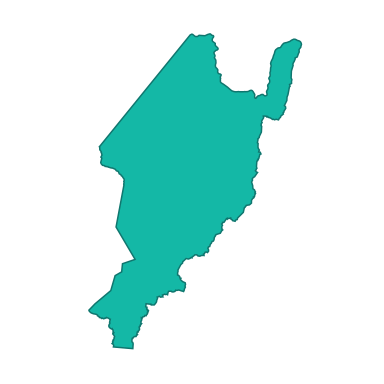 outline of Ialibu/Pangia District, Southern Highlands, Papua New Guinea, rotated 275°
{"feature_id": "67681753B63732128792542", "entity_name": "Ialibu/Pangia District", "entity_type": "district", "adm_level": 2, "iso_a3": "PNG", "parent_name": "Papua New Guinea", "parent_adm1": "Southern Highlands", "projection": "albers", "projection_center": [144.242, -6.409], "detail": "fine", "context": "isolated", "style": "filled", "palette": "teal", "viewbox_px": 384, "rotation_deg": 275, "n_neighbors": 0, "source": "geoboundaries", "source_scale": "gbopen_adm2", "svg_char_len": 6014}
<svg xmlns="http://www.w3.org/2000/svg" viewBox="0 0 384 384"><g transform="rotate(275 192 192)"><path d="M348.3,176.5L229.0,95.8L228.8,96.1L226.0,96.5L224.3,98.0L223.4,98.0L223.1,98.4L220.9,99.1L218.8,98.2L217.9,99.2L213.5,98.5L212.3,99.0L210.8,100.5L210.6,102.6L209.9,103.2L210.0,104.2L209.7,105.4L210.0,106.0L209.5,106.6L208.9,109.4L209.0,110.4L208.0,113.5L206.5,114.9L206.1,116.7L203.7,118.0L203.2,119.5L202.0,120.2L201.7,121.0L199.6,122.6L199.3,123.0L197.9,123.5L196.6,123.1L195.7,123.5L193.7,123.3L193.2,123.6L150.5,119.4L119.9,141.2L114.5,129.0L106.3,128.9L102.0,122.7L86.7,119.7L72.2,105.2L65.3,99.6L64.1,100.2L62.8,102.0L62.1,104.3L61.9,106.5L61.7,107.7L61.0,108.7L60.5,108.6L59.5,110.6L58.9,110.7L58.8,112.0L58.1,113.1L58.6,113.9L58.0,114.9L58.4,116.1L58.9,116.4L58.8,117.2L59.6,117.7L58.8,120.3L58.1,121.0L58.1,121.7L55.0,121.2L54.3,121.7L53.9,121.4L53.2,121.3L52.1,120.8L50.5,121.0L49.1,122.5L48.5,123.8L48.9,124.4L48.4,124.6L47.6,125.4L46.6,125.4L46.3,125.7L44.3,125.5L44.6,126.2L43.4,125.8L42.1,127.0L41.1,127.5L40.2,127.1L39.1,127.2L37.5,126.2L37.2,126.7L35.7,125.9L34.9,126.4L34.0,125.6L33.5,126.6L32.5,127.4L30.8,127.2L30.8,146.7L35.6,146.6L37.0,146.1L37.5,145.2L40.1,145.0L40.8,145.7L41.2,145.3L42.1,146.4L42.9,147.1L43.2,148.9L44.2,149.1L45.1,150.1L45.5,149.5L47.8,149.7L47.9,150.6L48.6,150.4L48.8,150.8L50.3,151.7L51.7,151.5L52.4,151.2L53.1,151.2L53.5,152.0L54.2,151.9L54.5,152.2L54.9,152.0L55.2,152.4L56.4,153.2L56.5,152.5L58.2,152.6L58.6,152.4L59.8,153.0L62.0,152.6L61.6,153.2L62.3,153.3L62.4,153.6L63.2,153.7L63.9,155.5L64.8,155.7L64.8,157.2L66.1,157.5L66.5,158.1L68.6,158.6L68.6,158.1L69.0,158.2L69.9,159.0L70.7,158.3L70.0,158.1L71.4,157.0L73.1,157.2L73.0,156.7L73.5,156.5L73.7,155.8L74.4,155.8L75.2,156.0L76.7,156.0L76.6,160.0L76.1,161.0L76.5,161.1L76.0,161.6L76.2,164.2L77.7,165.3L79.4,166.2L81.6,166.4L82.5,166.8L84.0,167.0L84.3,166.6L85.3,168.6L84.5,169.7L85.0,172.1L85.4,171.7L86.2,172.0L86.8,171.6L87.8,173.7L87.5,174.4L87.9,175.6L87.5,176.6L90.0,176.9L91.1,177.5L91.3,180.0L90.7,180.8L90.9,182.4L91.5,183.7L92.8,184.3L92.6,185.4L93.2,187.3L92.9,188.9L92.6,189.7L92.4,191.3L92.1,192.3L93.8,192.9L94.5,192.8L96.7,193.7L97.7,193.2L99.5,193.6L101.0,193.1L101.9,190.5L103.4,188.5L104.2,188.0L105.1,188.5L105.4,187.4L106.7,187.1L107.8,185.9L108.0,184.9L110.2,184.7L111.9,185.0L113.1,184.8L118.7,187.2L120.4,188.8L121.7,188.8L123.3,190.3L125.2,191.9L124.9,194.2L125.6,195.7L126.5,196.7L126.4,197.8L127.1,197.7L129.0,199.8L129.7,200.3L129.7,201.3L129.9,202.2L128.7,203.7L128.9,204.2L128.7,205.5L129.2,206.0L129.7,207.6L129.8,209.5L131.2,208.9L131.5,209.7L133.1,210.3L133.5,211.4L133.0,212.7L134.6,213.7L136.2,213.4L137.2,212.7L138.8,213.2L139.2,214.4L141.5,214.8L142.8,215.8L144.5,216.3L145.0,217.6L146.4,218.1L148.6,218.2L150.6,219.3L150.9,219.1L151.7,219.7L153.4,223.8L156.0,225.0L156.9,225.9L157.6,224.9L158.1,225.1L159.9,224.6L161.5,225.3L162.7,224.3L164.0,225.4L164.4,225.2L164.7,226.6L168.5,228.7L168.0,229.5L169.0,229.8L168.7,230.8L169.5,232.8L168.5,233.0L167.8,234.4L167.0,234.9L166.6,237.5L168.2,238.3L168.5,239.5L170.1,239.7L176.2,244.9L180.8,245.5L181.4,246.2L182.3,246.5L182.6,247.0L183.4,247.2L184.2,250.4L186.1,252.2L188.8,252.0L190.5,252.8L191.8,254.2L192.4,253.7L193.1,254.7L194.7,254.8L196.1,255.4L196.6,254.7L197.6,255.2L198.2,254.7L199.5,254.1L200.6,252.4L203.7,251.9L207.1,250.5L209.2,251.3L210.2,250.8L211.8,251.8L212.6,253.0L217.2,255.6L217.6,254.4L218.7,253.3L219.7,254.0L220.4,253.9L221.2,254.6L223.0,254.0L228.2,253.9L228.8,254.6L229.4,254.5L229.9,255.2L230.5,254.9L231.2,255.6L235.3,256.3L235.9,257.4L237.6,256.5L237.7,254.9L239.7,255.4L241.1,254.3L242.5,253.8L246.2,253.6L246.7,252.8L250.0,253.2L250.5,252.9L252.1,254.2L253.4,254.3L257.7,255.9L263.5,255.7L264.0,255.0L264.7,255.2L265.8,254.9L267.2,255.8L267.7,255.4L268.8,255.2L272.3,256.9L273.8,256.4L274.0,258.1L273.9,259.7L273.3,260.0L273.8,260.8L273.0,261.3L272.6,263.7L271.3,265.9L271.6,266.8L271.1,267.9L271.8,269.5L271.4,271.9L273.1,272.6L274.0,273.6L275.4,273.9L277.6,276.2L278.2,275.9L279.0,275.9L279.4,276.5L280.5,276.6L283.5,278.1L285.2,277.7L286.1,276.5L291.4,278.5L294.9,278.4L297.2,279.1L305.1,279.9L305.8,280.5L307.6,279.8L308.8,281.7L310.8,281.5L312.7,281.7L314.3,280.8L321.2,280.5L326.9,281.7L327.9,281.4L329.0,281.5L331.2,282.5L333.5,283.2L334.5,283.0L335.7,285.1L339.0,285.9L340.8,286.6L343.2,286.2L345.8,287.8L346.8,287.8L348.5,288.2L349.6,287.9L350.8,287.2L351.4,286.5L351.9,285.5L352.2,283.8L352.9,282.3L353.2,281.2L353.1,280.0L351.9,277.9L350.5,276.3L349.1,273.2L348.9,272.3L348.3,270.6L346.9,269.3L343.8,267.6L343.4,267.0L343.1,265.6L342.8,264.9L341.0,263.0L339.7,262.4L336.7,261.9L335.0,261.3L332.3,260.8L328.9,259.5L326.9,259.1L324.7,259.8L323.7,259.8L322.6,259.5L318.9,259.6L318.2,259.3L317.2,259.3L315.9,259.6L314.4,259.7L312.4,258.7L311.5,258.7L310.2,259.6L308.5,259.8L307.3,259.5L305.3,258.2L304.3,258.1L302.9,258.6L301.3,258.6L298.8,257.5L297.6,257.7L296.3,258.2L295.2,258.3L294.2,257.1L294.1,256.2L294.5,255.3L295.4,254.1L295.1,252.5L294.1,251.2L293.5,249.4L292.6,248.5L291.4,247.9L290.9,247.2L290.9,246.8L292.0,246.1L294.6,246.0L297.3,244.1L298.2,243.2L298.5,242.4L298.3,241.2L297.3,239.7L296.9,238.7L296.6,236.8L296.6,235.6L296.4,235.0L296.0,230.9L296.1,229.7L295.6,227.1L295.7,225.0L296.3,222.8L297.7,220.7L299.5,218.3L302.2,213.8L303.2,211.7L303.6,211.2L304.3,210.7L307.3,210.4L307.6,210.6L309.0,210.1L310.6,210.8L311.5,210.7L312.0,209.8L312.0,208.9L312.3,208.3L313.1,207.3L313.7,207.1L315.9,207.1L317.1,206.2L318.0,205.1L318.6,204.6L319.7,204.3L321.2,204.3L322.6,204.6L325.5,204.2L327.2,202.9L327.8,202.6L329.0,203.0L330.0,203.0L331.7,202.0L332.9,201.7L333.5,202.0L335.2,203.5L335.7,204.8L336.4,205.4L337.0,205.5L338.1,204.9L338.9,203.7L339.7,202.8L340.4,202.3L342.1,202.2L343.8,199.5L344.5,199.0L345.8,198.9L346.6,199.0L348.4,200.0L349.0,200.0L349.4,199.8L349.7,199.4L349.9,198.0L351.0,196.7L351.1,196.1L350.4,194.1L348.8,191.3L348.7,185.4L347.4,183.9L347.2,182.2L347.5,181.2L349.1,178.9L349.2,178.0L348.3,176.5Z" fill="#14b8a6" stroke="#0f766e" stroke-width="1.5"/></g></svg>